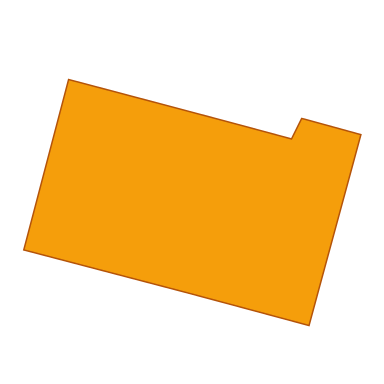 the district of Stone, Mississippi, United States of America, rotated 195°
{"feature_id": "52423323B58582315603742", "entity_name": "Stone", "entity_type": "district", "adm_level": 2, "iso_a3": "USA", "parent_name": "United States of America", "parent_adm1": "Mississippi", "projection": "albers", "projection_center": [-89.176, 30.779], "detail": "fine", "context": "isolated", "style": "filled", "palette": "amber", "viewbox_px": 384, "rotation_deg": 195, "n_neighbors": 0, "source": "geoboundaries", "source_scale": "gbopen_adm2", "svg_char_len": 363}
<svg xmlns="http://www.w3.org/2000/svg" viewBox="0 0 384 384"><g transform="rotate(195 192 192)"><path d="M44.4,93.3L44.3,132.8L43.8,255.4L43.7,291.1L87.8,291.4L101.9,291.5L105.1,291.4L109.6,269.0L178.1,269.1L274.5,268.9L340.3,268.7L340.1,224.7L339.5,92.5L175.7,93.4L154.3,93.4L136.4,93.4L44.4,93.3Z" fill="#f59e0b" stroke="#b45309" stroke-width="1.5"/></g></svg>